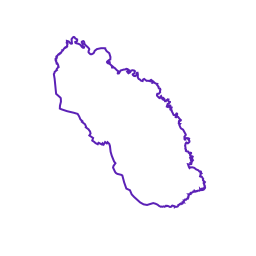 outline of Krasang, Buri Ram, Thailand, rotated 295°
{"feature_id": "78962969B46029670313066", "entity_name": "Krasang", "entity_type": "district", "adm_level": 2, "iso_a3": "THA", "parent_name": "Thailand", "parent_adm1": "Buri Ram", "projection": "natural_earth1", "projection_center": [103.326, 14.943], "detail": "fine", "context": "isolated", "style": "outline", "palette": "violet", "viewbox_px": 256, "rotation_deg": 295, "n_neighbors": 0, "source": "geoboundaries", "source_scale": "gbopen_adm2", "svg_char_len": 5900}
<svg xmlns="http://www.w3.org/2000/svg" viewBox="0 0 256 256"><g transform="rotate(295 128 128)"><path d="M77.1,147.5L72.4,152.1L72.4,156.1L69.4,159.4L68.1,162.6L65.7,170.4L65.4,174.4L66.3,177.8L70.6,182.6L71.0,184.9L71.0,187.2L70.5,189.1L70.5,191.0L71.0,191.6L71.1,192.4L72.0,193.4L72.1,194.5L72.9,194.9L73.4,195.8L73.7,195.6L73.9,196.0L74.2,197.1L74.2,199.5L75.1,200.6L75.9,200.6L76.4,200.9L76.8,203.3L76.3,203.6L76.6,203.7L76.6,204.4L77.2,205.5L77.9,206.2L79.2,206.4L79.6,206.2L80.3,207.1L80.8,207.0L81.7,207.5L81.9,207.7L81.7,208.3L82.4,208.5L82.5,209.3L83.6,209.4L83.8,209.2L84.0,209.7L84.2,209.1L84.9,209.6L85.7,209.2L85.7,209.7L87.4,210.0L87.5,210.9L89.0,211.4L89.2,212.1L90.2,212.1L90.7,211.6L91.2,211.9L91.7,211.6L92.3,211.7L92.6,211.3L93.5,211.4L93.6,211.0L94.5,212.6L95.0,212.2L95.7,212.1L96.0,212.5L95.9,212.9L97.6,214.1L98.1,214.0L98.4,214.4L98.4,214.8L99.2,214.7L98.8,216.0L99.2,216.5L99.8,216.6L100.0,217.4L100.9,217.9L101.2,219.0L101.6,219.4L102.3,219.7L102.8,219.4L102.5,220.0L102.7,220.6L103.2,220.5L103.0,221.2L103.4,222.0L103.7,221.9L103.6,220.9L104.4,220.8L104.5,221.1L104.1,221.8L104.6,221.9L104.7,222.4L105.3,221.9L105.9,222.4L105.6,222.7L105.8,223.1L106.5,223.1L107.2,222.3L107.8,222.3L108.0,221.6L108.5,221.5L110.0,219.8L110.7,219.7L110.7,220.5L111.5,220.6L112.2,218.2L112.6,217.8L113.6,217.7L115.0,215.5L115.0,215.0L114.5,214.2L114.6,213.7L116.0,213.6L117.0,213.1L117.9,213.8L118.2,213.2L119.3,212.5L119.3,212.2L118.7,212.0L118.6,211.4L119.4,209.6L119.3,207.2L119.9,204.9L119.6,203.0L118.9,201.7L118.5,200.3L118.3,200.3L118.1,200.9L117.7,200.7L118.4,199.7L120.5,197.7L120.7,198.5L122.0,200.6L122.9,200.4L122.5,199.9L122.9,199.2L124.8,200.1L125.3,198.7L125.6,198.5L125.9,199.2L125.9,200.1L126.3,200.4L127.1,199.4L126.9,197.3L127.3,196.8L128.3,197.2L128.4,198.7L129.4,198.8L129.5,198.6L129.4,197.6L128.8,197.0L129.3,196.0L129.8,195.6L131.8,195.9L132.1,195.7L132.0,195.1L131.1,195.1L130.8,194.9L131.2,193.4L131.9,192.9L132.1,192.4L131.6,190.9L131.7,190.1L133.1,189.6L133.4,188.7L134.6,188.4L136.1,187.2L136.9,187.2L137.7,186.8L138.8,187.1L139.3,186.9L139.6,187.1L139.4,188.7L141.1,189.5L142.1,189.3L143.2,187.4L143.7,188.0L144.2,187.9L144.2,186.8L143.2,184.6L142.5,184.4L141.7,184.9L141.5,184.5L141.8,183.9L144.0,182.8L145.8,183.3L146.5,183.1L149.8,178.6L150.0,176.3L150.5,175.4L152.5,173.2L153.6,173.4L153.3,172.7L153.7,172.0L154.5,172.0L154.9,171.5L156.1,171.3L156.3,171.5L156.7,172.5L157.5,172.6L158.2,170.5L159.2,168.8L159.0,167.7L158.1,167.2L158.0,166.7L159.0,166.6L160.6,167.0L161.7,166.5L161.8,166.0L161.4,165.7L160.6,165.8L159.3,165.0L159.1,163.8L160.9,161.7L161.5,160.7L162.6,160.1L162.7,159.6L162.5,158.9L162.6,158.6L163.6,158.5L164.7,159.0L165.1,158.9L165.0,158.2L164.1,156.8L164.2,156.5L164.8,156.4L165.9,157.0L166.2,156.9L166.1,156.3L164.6,154.7L163.8,154.7L163.8,154.1L166.6,153.8L167.7,154.7L169.2,155.1L169.4,155.0L169.3,153.8L169.8,152.4L170.9,152.5L170.8,151.9L169.8,151.6L169.6,151.2L169.0,150.8L168.3,151.0L167.9,150.2L168.6,149.6L168.6,147.8L169.7,148.4L170.2,147.3L170.2,146.9L169.4,146.0L169.4,145.5L170.0,145.4L170.9,144.5L170.3,144.2L168.5,144.1L168.5,143.3L169.6,140.6L170.3,140.2L171.4,140.1L172.0,141.4L174.1,142.0L175.0,141.3L176.4,141.2L177.2,140.5L176.9,139.6L177.4,138.6L178.3,138.3L179.2,136.3L180.4,136.0L180.0,134.5L180.2,133.0L180.7,131.7L179.4,131.3L179.2,131.0L181.0,130.2L181.4,128.6L180.7,128.1L179.8,128.5L179.3,126.2L178.6,124.9L179.3,121.9L178.3,121.2L176.7,121.4L176.4,119.8L177.0,118.2L177.0,116.9L178.0,115.5L180.9,114.2L182.1,113.3L181.8,112.8L179.2,113.3L178.0,112.5L177.7,111.3L178.1,110.0L178.5,109.6L178.8,109.6L180.1,110.7L180.6,110.7L181.5,110.3L182.4,110.3L182.7,109.3L182.3,107.7L181.4,106.6L179.4,106.4L177.8,105.3L178.2,104.2L178.9,103.2L179.3,103.4L180.1,104.6L180.8,104.5L181.2,102.7L180.9,101.4L179.9,100.8L179.2,99.5L177.0,97.0L173.7,96.7L173.1,95.9L173.3,95.5L175.3,95.4L175.6,93.6L176.8,90.5L176.8,89.5L176.1,88.0L176.6,87.6L177.3,88.1L178.3,84.5L180.0,83.6L179.9,82.4L178.9,83.0L178.2,82.8L178.2,82.1L178.8,81.1L179.3,81.0L181.3,81.9L182.6,83.0L184.9,82.1L187.9,79.4L188.6,76.2L190.0,74.0L190.6,73.7L190.2,72.5L188.9,69.8L186.4,66.5L183.9,65.2L182.0,65.3L181.1,65.1L179.5,63.9L179.0,62.7L179.6,60.9L180.1,60.1L181.5,59.7L182.8,59.7L183.4,59.3L184.1,57.8L185.4,53.7L186.1,52.9L187.4,51.9L187.8,51.3L187.9,50.8L187.4,50.2L186.9,49.8L186.4,49.7L185.8,50.1L184.9,51.6L183.1,52.2L182.9,54.0L182.3,54.2L181.7,53.5L181.9,52.2L183.3,49.6L183.4,47.6L182.9,45.1L183.0,44.3L183.6,43.8L185.0,45.0L185.7,45.0L186.8,44.5L186.9,42.4L187.7,41.0L187.5,40.2L186.9,39.8L184.6,39.3L180.9,41.5L180.6,41.3L180.3,40.4L181.4,37.6L181.1,35.8L180.7,36.0L180.5,36.4L179.8,36.4L179.9,36.7L179.4,36.9L178.7,37.7L178.4,37.7L178.4,37.4L177.8,37.9L176.9,37.9L176.4,38.4L175.3,38.2L175.2,37.7L174.9,37.6L174.9,37.3L174.3,36.9L173.9,37.1L173.2,36.5L170.9,36.2L170.8,35.9L170.6,36.1L169.5,35.5L168.2,35.6L167.7,35.2L167.2,35.3L166.3,34.8L166.4,34.5L165.6,34.4L165.5,33.9L165.0,33.9L164.7,33.6L163.6,33.4L162.8,32.9L162.4,32.9L162.2,33.6L161.4,33.4L161.1,33.7L160.5,33.3L160.3,33.7L159.7,33.4L159.1,33.9L158.9,33.7L158.5,34.0L158.3,34.7L157.9,34.7L157.2,35.4L156.9,36.2L156.5,35.9L156.1,36.2L156.1,37.2L155.6,38.0L154.1,39.2L153.9,38.8L152.9,38.9L151.4,38.5L150.4,38.6L150.3,39.0L147.9,37.8L146.8,38.1L145.5,38.0L141.6,40.7L128.6,48.4L126.9,54.1L126.2,54.7L123.5,56.1L119.5,56.9L116.8,58.0L116.8,59.6L117.5,65.7L118.9,72.4L119.5,76.4L117.8,78.9L115.7,81.2L114.9,83.8L114.1,83.6L113.2,87.5L111.5,89.4L110.8,89.4L110.1,92.9L109.5,93.7L108.9,95.0L107.2,96.4L104.9,96.1L104.2,100.6L101.5,100.9L101.1,103.5L100.6,104.8L100.5,107.4L101.5,107.4L101.6,107.8L102.2,107.8L102.0,111.4L103.3,111.4L102.7,112.9L105.6,113.2L105.1,115.3L106.5,115.5L105.7,117.7L104.1,119.2L99.1,122.3L96.1,124.9L91.7,129.6L90.8,131.5L87.5,130.9L85.8,131.2L82.7,134.9L82.1,136.1L81.9,137.7L82.7,141.7L82.6,142.9L77.1,147.5Z" fill="none" stroke="#5b21b6" stroke-width="2"/></g></svg>